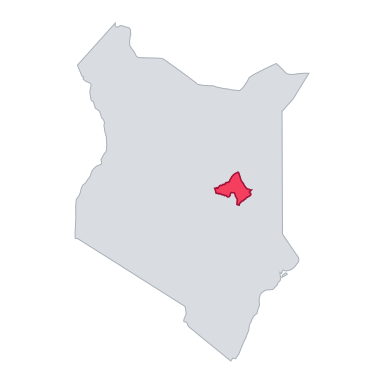 location of Lagdera, North-Eastern, Kenya
{"feature_id": "3690345B54288416110697", "entity_name": "Lagdera", "entity_type": "district", "adm_level": 2, "iso_a3": "KEN", "parent_name": "Kenya", "parent_adm1": "North-Eastern", "projection": "robinson", "projection_center": [39.22, 0.501], "detail": "fine", "context": "in_parent", "style": "filled", "palette": "rose", "viewbox_px": 384, "rotation_deg": 0, "n_neighbors": 0, "source": "geoboundaries", "source_scale": "gbopen_adm2", "svg_char_len": 7325}
<svg xmlns="http://www.w3.org/2000/svg" viewBox="0 0 384 384"><path d="M75.2,238.5L75.1,232.9L75.8,218.5L75.7,205.8L76.3,199.5L79.1,195.5L80.3,192.6L81.2,188.5L82.7,185.2L86.0,182.5L86.6,181.0L90.0,176.5L92.1,170.7L93.7,168.7L95.6,166.9L97.0,165.9L99.3,165.0L101.1,164.4L101.4,164.0L101.6,163.0L101.0,159.4L101.7,158.3L102.9,155.9L104.3,153.6L105.6,152.2L106.3,150.7L106.6,148.2L106.7,146.4L106.7,143.5L106.3,136.8L104.8,131.3L103.9,125.0L104.6,123.0L103.4,119.3L102.9,119.1L101.9,118.3L100.7,114.9L99.8,111.8L99.3,111.0L95.3,108.2L93.4,101.8L91.2,100.3L90.0,93.9L89.8,92.0L91.0,85.6L90.9,84.1L89.6,82.8L85.9,81.4L82.9,78.8L83.3,77.8L83.6,76.9L82.0,76.2L77.4,65.2L83.3,58.6L89.3,52.0L96.9,43.5L103.9,35.7L109.9,29.0L115.3,23.0L115.2,24.2L115.2,25.7L115.9,26.6L117.0,27.3L118.5,26.6L119.9,25.7L121.2,25.5L129.3,28.0L130.6,30.1L130.5,32.5L130.9,34.2L130.3,35.9L129.6,41.0L129.8,45.7L132.2,49.2L134.3,52.0L136.1,55.8L137.3,57.0L139.1,57.6L144.6,57.8L152.9,58.0L160.8,58.3L161.5,58.4L163.2,58.9L170.5,64.1L177.2,68.9L182.8,73.0L188.3,77.0L193.6,81.0L197.7,84.2L201.8,85.2L208.4,85.7L213.0,85.8L217.3,87.2L223.6,88.5L228.3,89.1L231.1,89.8L239.0,90.6L240.3,90.2L243.8,86.6L247.6,80.7L249.2,77.5L254.2,74.3L263.0,69.8L269.3,66.7L276.2,63.5L279.3,66.2L283.7,70.6L285.6,72.8L287.2,73.8L289.5,74.4L292.4,74.4L294.0,74.3L297.2,73.8L304.7,73.2L308.9,73.3L305.3,79.1L301.0,86.1L293.1,99.0L287.0,105.8L282.5,111.0L282.0,111.9L282.1,117.6L282.1,131.6L282.2,159.5L282.3,187.5L282.4,215.5L282.5,229.4L282.5,234.1L286.5,240.0L290.4,245.8L295.6,253.4L298.4,257.4L298.8,258.8L298.7,261.5L294.4,267.2L290.9,269.8L286.2,271.0L284.8,270.8L283.0,270.0L282.2,271.4L281.7,273.5L280.6,273.0L279.9,272.4L280.3,276.2L280.8,278.1L280.1,280.6L277.8,282.8L277.6,284.6L272.7,289.5L265.6,290.1L261.9,292.5L260.3,294.5L259.1,298.8L259.5,305.4L257.5,310.6L257.2,313.1L253.5,316.4L251.9,319.5L250.8,322.6L249.7,323.9L248.5,330.9L246.8,335.1L246.3,336.5L245.9,337.8L244.6,340.2L243.8,341.9L243.2,343.1L238.9,353.9L235.5,358.7L232.9,358.2L231.2,360.1L231.0,361.0L230.1,360.5L227.9,358.7L223.4,355.0L218.9,351.3L214.4,347.7L209.9,344.0L205.4,340.3L200.9,336.7L196.4,333.0L191.9,329.3L189.3,327.2L188.1,325.9L187.2,323.4L186.8,322.8L185.6,322.0L184.2,321.8L183.8,321.3L183.8,320.1L184.3,318.3L185.9,315.0L186.1,313.0L185.8,310.7L185.2,307.1L184.8,306.3L181.8,304.4L175.6,300.5L169.3,296.5L163.1,292.6L156.8,288.6L150.6,284.7L144.3,280.7L138.1,276.8L131.8,272.8L125.6,268.9L119.4,264.9L113.1,261.0L106.9,257.0L100.6,253.1L94.4,249.2L88.1,245.2L81.9,241.3L79.5,239.8L77.4,238.5L75.2,238.5ZM282.9,276.9L281.8,277.2L282.4,275.3L285.6,272.8L286.9,273.4L287.2,273.9L287.1,274.5L286.5,274.9L282.9,276.9Z" fill="#d9dde1" stroke="#a8b0b8" stroke-width="1"/><path d="M239.2,205.1L239.2,204.7L239.3,204.4L239.4,204.1L239.5,203.8L239.5,203.7L239.8,203.5L239.9,203.3L240.0,203.0L240.1,202.9L240.3,202.7L240.6,202.6L240.8,202.5L241.1,202.1L241.2,201.9L241.3,201.7L241.5,201.5L241.8,201.4L241.8,201.1L242.0,200.9L242.4,200.9L242.6,200.9L243.1,200.8L243.4,200.6L243.6,200.6L243.7,200.4L243.8,200.3L243.8,200.0L244.0,199.8L244.1,199.6L244.3,199.5L244.4,199.4L244.9,199.3L245.2,199.0L245.4,198.9L245.6,198.9L246.2,198.0L246.5,197.7L246.9,197.4L247.2,197.3L247.2,197.2L247.5,197.3L247.6,197.2L248.3,196.7L248.6,196.6L248.8,196.5L249.1,196.4L249.3,196.2L249.5,196.0L249.8,195.8L249.8,195.7L250.1,195.7L250.3,195.3L250.7,194.9L250.9,194.7L250.9,193.9L250.7,193.5L250.5,193.2L250.3,193.0L250.0,192.7L249.4,192.0L249.9,191.6L250.4,191.1L250.5,190.8L250.6,190.5L250.7,190.4L250.8,190.3L251.0,190.4L251.2,190.2L251.3,190.1L251.2,190.1L251.0,189.9L250.7,189.9L250.2,190.0L249.9,189.8L249.6,189.6L249.5,189.4L249.4,189.4L249.1,189.4L248.7,189.4L248.5,189.2L248.3,189.2L248.1,189.2L247.8,189.1L247.5,189.0L247.3,188.8L247.2,188.8L247.2,188.7L246.9,188.4L246.7,188.3L246.6,188.2L246.4,188.1L246.2,187.9L245.9,187.8L245.9,187.6L245.7,187.2L245.3,186.8L245.1,186.5L245.0,186.4L244.8,186.1L244.7,186.1L244.6,185.8L244.4,185.6L244.3,185.4L244.2,185.2L244.0,184.9L243.9,184.7L243.7,184.3L243.6,184.1L243.5,183.6L243.4,183.5L243.2,183.3L243.1,183.1L242.9,183.0L242.8,182.9L242.5,182.6L242.4,182.3L242.3,182.2L242.1,182.0L242.0,181.7L241.7,181.4L241.6,181.2L241.4,180.7L241.2,180.4L241.0,180.2L240.9,179.7L240.7,179.3L240.4,178.0L240.1,177.0L239.7,175.8L239.4,175.0L239.2,174.5L239.1,174.3L239.0,173.4L238.9,173.2L238.6,172.7L238.1,172.5L238.1,172.3L238.0,172.2L237.9,172.4L237.8,172.5L237.3,172.6L236.1,173.1L235.1,173.6L234.9,173.7L234.3,174.2L233.7,174.6L233.2,175.2L232.8,175.6L232.3,176.2L231.8,176.7L231.4,177.3L231.3,177.6L231.2,177.9L231.1,178.1L230.8,178.5L230.6,178.8L230.4,179.1L230.3,179.3L230.0,179.8L229.8,180.3L229.7,180.6L229.6,181.1L229.6,181.4L229.4,181.4L229.3,181.6L229.1,181.7L229.0,181.8L228.8,181.8L228.7,182.1L228.7,182.3L228.4,182.4L228.2,182.4L227.8,182.3L227.6,182.4L227.4,182.4L227.4,182.5L227.2,182.7L227.0,182.8L226.8,182.7L226.6,182.8L226.4,182.6L226.2,182.5L225.9,182.6L225.9,182.8L225.7,182.9L225.5,183.1L225.4,183.2L225.2,183.5L225.2,183.8L225.1,184.0L224.9,184.0L224.9,184.4L224.8,184.5L224.6,184.5L224.3,184.5L224.1,184.5L223.9,184.6L223.7,184.6L223.4,184.5L223.2,184.5L223.1,184.4L223.0,184.5L222.9,184.5L222.8,184.4L222.7,184.4L222.6,184.5L222.4,185.0L222.0,185.3L221.9,185.4L221.6,185.5L221.5,185.4L221.4,185.4L221.3,185.5L221.1,185.5L220.8,185.5L220.7,185.3L220.4,185.3L219.9,185.7L219.8,185.8L219.6,185.8L219.4,186.0L219.1,186.3L219.0,186.5L218.9,186.7L218.9,186.9L218.7,187.0L218.4,187.3L218.2,187.7L218.2,187.8L217.9,188.0L217.7,188.1L217.6,188.3L217.3,188.1L217.3,187.9L217.2,187.8L216.7,188.0L216.4,187.8L216.3,188.1L216.3,188.3L216.2,188.3L216.0,188.2L215.9,188.4L215.7,188.4L215.1,188.4L214.9,188.3L214.6,188.3L214.7,188.6L214.8,188.6L215.0,188.8L215.1,189.6L215.4,190.4L216.0,193.1L216.4,193.1L216.6,193.3L216.8,193.3L216.9,193.2L217.0,193.3L217.3,193.4L217.5,193.5L217.9,193.6L218.3,193.8L218.5,193.8L218.5,193.7L218.8,193.5L219.1,193.5L219.3,193.6L219.6,193.6L219.7,193.9L219.8,193.9L219.9,194.0L220.1,194.0L220.2,193.9L220.3,193.9L220.6,193.8L220.8,193.9L221.1,194.0L221.3,194.2L221.4,194.4L221.5,194.6L221.8,194.7L221.9,194.8L222.1,194.8L222.3,194.8L222.6,194.8L222.8,194.8L223.0,194.6L223.5,194.7L223.8,194.9L223.9,195.1L224.0,195.2L224.2,195.5L224.3,195.5L224.5,195.6L224.8,195.7L225.0,195.6L225.3,195.5L225.5,195.4L225.8,195.5L226.0,195.4L226.3,195.6L226.5,195.8L226.8,196.2L226.8,196.3L227.0,196.3L227.2,196.6L227.3,196.7L227.5,196.8L227.6,197.0L228.0,197.0L228.4,197.0L228.6,196.9L228.9,196.8L229.1,196.7L229.3,196.5L229.4,196.3L229.5,196.2L229.9,195.9L229.9,195.7L230.0,195.7L230.1,195.4L230.2,195.1L230.1,194.9L230.2,194.7L230.2,194.4L230.2,194.2L230.3,194.1L230.4,193.8L230.5,193.5L230.7,193.3L230.8,193.0L230.9,192.8L230.9,192.7L231.0,192.6L231.4,192.5L231.7,192.5L231.9,192.7L232.0,192.7L232.4,192.7L232.6,192.8L233.3,192.6L233.5,192.7L233.7,192.8L233.9,192.9L234.1,192.9L234.3,192.9L234.5,192.9L234.9,194.2L235.0,194.4L235.2,194.7L235.3,195.2L235.3,195.4L235.3,195.9L235.3,196.1L235.5,196.4L235.8,196.7L236.0,197.0L236.2,197.3L236.3,197.6L236.4,197.8L236.7,198.2L236.7,198.3L237.1,198.6L237.1,199.2L237.2,199.6L237.1,200.2L237.2,201.2L237.2,201.6L237.0,202.3L237.0,202.5L236.9,203.4L237.0,203.8L237.0,204.0L236.9,204.2L236.9,204.5L237.6,204.9L238.2,205.0L238.8,205.0L239.2,205.1Z" fill="#f43f5e" stroke="#9f1239" stroke-width="1.5"/></svg>